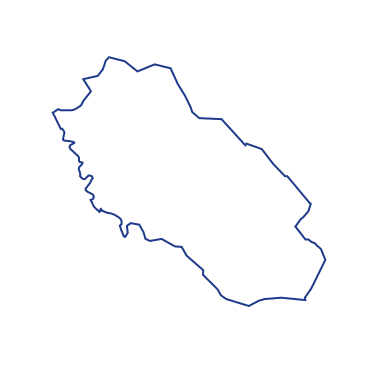 outline of Ikom, Cross River, Nigeria, rotated 312°
{"feature_id": "59680162B83284995722346", "entity_name": "Ikom", "entity_type": "district", "adm_level": 2, "iso_a3": "NGA", "parent_name": "Nigeria", "parent_adm1": "Cross River", "projection": "equal_earth", "projection_center": [8.557, 6.106], "detail": "fine", "context": "isolated", "style": "outline", "palette": "blue", "viewbox_px": 384, "rotation_deg": 312, "n_neighbors": 0, "source": "geoboundaries", "source_scale": "gbopen_adm2", "svg_char_len": 1776}
<svg xmlns="http://www.w3.org/2000/svg" viewBox="0 0 384 384"><g transform="rotate(312 192 192)"><path d="M187.5,348.5L189.0,346.6L199.3,345.3L202.9,344.4L230.8,336.5L235.9,326.0L235.8,320.2L236.2,317.7L234.8,314.0L234.6,310.1L232.6,308.2L235.5,291.9L236.3,291.9L244.5,291.0L247.2,291.5L254.5,291.5L256.3,291.1L261.8,288.5L262.6,288.3L262.7,285.8L267.5,252.2L266.0,250.6L267.1,234.1L270.6,215.1L264.4,200.1L262.4,200.4L265.9,165.2L251.7,147.9L251.6,138.6L254.0,134.4L258.9,122.3L262.8,109.0L269.6,93.3L261.9,78.9L245.1,70.8L244.2,54.6L236.6,40.1L232.0,40.0L223.7,43.6L215.3,44.3L203.1,35.7L199.4,49.0L198.9,49.6L187.7,50.2L182.0,51.6L175.7,49.9L172.4,48.1L164.8,39.6L164.1,37.2L157.8,35.5L151.1,52.2L152.1,53.0L151.8,55.1L150.9,57.4L147.6,59.2L144.8,60.9L144.4,61.9L145.2,63.3L148.2,67.5L150.0,70.6L150.0,71.2L149.5,71.7L145.3,70.2L143.5,70.8L142.6,72.6L142.5,79.9L142.4,83.5L142.0,84.9L139.4,87.3L139.2,88.9L140.4,90.2L140.4,91.2L138.8,91.8L135.0,91.5L133.2,92.6L131.2,96.1L130.4,97.2L128.9,98.2L128.5,100.9L129.0,102.8L129.8,103.7L135.1,104.1L136.2,105.7L136.7,107.4L135.8,109.0L133.6,109.2L130.5,110.2L123.3,110.7L122.1,111.8L122.4,114.9L123.7,119.2L123.4,121.4L122.3,122.6L120.3,123.0L118.3,122.0L117.2,124.9L115.6,128.5L115.3,131.3L115.3,136.6L116.5,136.7L117.7,135.5L118.4,135.5L118.1,138.1L118.8,140.1L120.0,143.2L122.1,146.6L123.3,149.8L124.3,155.6L123.7,158.5L121.2,161.1L118.7,160.9L116.5,164.7L113.4,171.0L113.9,172.3L118.6,171.6L123.3,166.3L127.9,167.4L132.4,174.6L129.8,182.6L126.0,188.9L127.6,193.6L136.8,200.8L138.4,208.1L140.3,216.0L144.3,221.0L141.1,230.5L141.4,252.6L137.8,255.6L136.8,275.9L134.6,282.6L135.3,288.9L138.1,295.0L145.3,310.5L155.9,314.4L160.8,317.4L160.9,317.5L173.2,329.1L187.5,348.5Z" fill="none" stroke="#1e3a8a" stroke-width="2"/></g></svg>